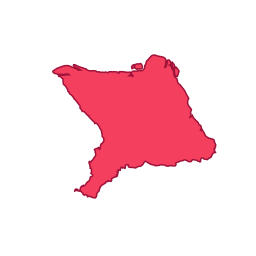 an SVG outline of Amapá, rotated 291°
{"feature_id": "BRA-681", "entity_name": "Amapá", "entity_type": "State", "adm_level": 1, "iso_a3": "BRA", "parent_name": "Brazil", "parent_adm1": "", "projection": "orthographic", "projection_center": [-52.454, 1.611], "detail": "fine", "context": "isolated", "style": "filled", "palette": "rose", "viewbox_px": 256, "rotation_deg": 291, "n_neighbors": 0, "source": "natural_earth", "source_scale": "10m", "svg_char_len": 5926}
<svg xmlns="http://www.w3.org/2000/svg" viewBox="0 0 256 256"><g transform="rotate(291 128 128)"><path d="M51.1,100.6L52.4,101.3L52.6,102.6L52.6,102.8L52.2,102.9L52.0,103.5L52.3,105.1L53.3,105.4L55.2,105.1L56.0,105.2L56.8,105.5L58.0,106.5L57.3,106.6L57.4,106.9L59.6,108.7L61.0,108.8L62.0,109.2L62.9,109.3L64.1,110.3L64.8,110.6L66.4,110.8L68.8,110.4L69.8,111.7L70.5,112.0L71.3,111.9L71.7,111.5L72.4,109.7L73.3,109.5L73.9,109.8L74.6,109.3L76.0,108.9L76.5,108.5L77.0,106.9L78.0,107.1L79.1,105.8L80.2,105.6L81.2,104.2L82.3,103.8L82.9,103.9L83.2,104.4L82.9,105.3L83.1,105.7L84.0,105.7L86.1,106.7L88.3,106.9L89.8,107.7L92.0,107.3L93.2,106.4L94.7,105.7L95.8,104.4L96.5,104.7L97.3,105.9L99.3,107.5L99.3,107.8L98.1,108.5L97.8,109.0L98.2,109.3L103.1,108.5L103.8,108.8L104.8,109.6L107.4,110.0L108.0,110.0L108.7,109.3L109.4,109.3L109.9,108.7L110.6,107.2L111.1,106.8L112.5,106.2L116.6,103.6L117.7,101.8L118.9,100.7L119.8,99.4L121.0,97.2L121.1,96.8L120.3,95.3L121.4,94.7L121.7,93.5L124.2,87.9L124.6,87.4L125.6,86.9L125.2,85.9L127.5,81.5L127.2,80.1L127.4,78.8L128.5,77.9L129.1,76.4L129.8,75.8L130.7,75.8L131.4,75.3L135.7,68.2L135.7,67.4L136.3,67.1L138.3,63.8L139.1,61.1L139.6,60.5L140.3,60.4L140.6,60.1L140.6,58.9L141.9,58.1L143.9,55.9L144.9,54.3L145.6,52.2L146.4,51.6L148.8,50.4L149.8,50.1L150.4,49.5L151.6,46.6L151.5,44.8L151.9,44.2L152.3,44.1L152.7,44.5L153.4,46.9L154.2,49.1L156.2,52.6L156.6,53.9L156.9,53.0L156.7,52.1L154.7,48.3L153.1,43.5L152.7,39.8L153.1,38.2L154.1,37.5L158.1,40.2L161.0,43.4L163.4,46.4L164.6,49.1L164.9,50.8L164.8,57.9L164.3,61.2L165.0,62.9L165.6,60.0L165.8,57.2L166.2,55.9L166.9,54.6L167.6,54.6L168.0,55.4L167.7,60.4L168.1,67.9L167.5,69.2L167.6,71.6L169.5,76.3L169.7,77.8L169.3,78.8L170.2,81.3L170.0,81.8L170.1,82.4L170.5,82.9L171.3,85.5L172.4,87.6L172.2,88.4L172.4,89.3L173.7,90.2L174.6,92.3L174.9,93.7L175.4,94.2L176.4,97.9L176.3,98.7L175.9,99.1L175.8,99.6L176.3,99.9L176.9,99.4L177.3,99.7L178.2,101.4L178.3,102.2L178.9,103.4L179.1,105.5L179.6,106.2L179.8,108.0L180.7,109.2L180.9,110.1L180.1,111.0L179.0,111.2L178.1,111.0L177.3,110.4L177.5,111.0L178.2,111.6L177.7,113.3L178.3,114.1L178.6,114.1L178.8,113.8L178.8,112.8L179.1,112.2L180.2,111.4L181.5,111.4L182.8,112.2L183.4,113.1L183.8,115.0L184.7,116.7L185.9,118.3L186.3,120.1L186.9,120.9L187.7,121.4L188.8,121.8L190.0,122.0L191.3,121.8L192.0,121.3L194.4,121.7L196.8,121.3L197.3,121.4L198.2,122.0L202.5,123.5L204.2,124.4L205.1,125.4L205.5,126.2L205.8,127.9L205.8,129.6L206.7,134.9L206.7,136.0L206.4,137.6L205.4,138.8L203.4,139.7L199.4,140.6L198.1,140.3L197.8,140.4L197.9,140.9L198.2,141.3L198.8,141.6L199.5,141.3L200.5,141.5L201.8,141.2L203.4,141.2L204.4,140.5L205.1,140.5L205.7,140.9L206.1,141.5L206.1,142.2L205.6,143.2L204.6,144.4L203.3,145.2L202.2,145.2L201.6,144.1L200.7,146.9L199.2,147.6L198.1,149.4L197.2,150.2L194.3,151.7L192.6,153.3L191.3,156.2L188.2,158.2L187.8,158.8L186.7,161.7L183.2,167.5L180.5,170.3L177.4,174.1L175.4,173.9L173.0,174.5L171.3,175.6L170.1,177.2L168.1,180.5L167.6,180.7L165.6,180.7L164.2,181.1L163.8,181.7L162.2,182.2L160.2,182.0L160.5,182.4L161.7,182.8L162.2,183.6L162.7,183.6L160.4,186.4L159.9,187.8L159.3,188.8L158.8,190.5L157.9,191.9L156.5,193.2L156.5,194.6L156.2,195.1L155.1,196.0L154.0,196.7L152.1,196.3L152.1,196.5L153.0,196.7L153.0,196.9L151.9,197.1L151.9,197.4L152.7,197.4L153.2,196.9L153.7,197.1L152.2,198.8L150.6,201.1L149.7,201.7L148.4,203.4L147.9,204.8L147.5,207.5L148.0,210.8L147.9,211.8L147.7,212.5L145.1,214.4L144.0,215.8L141.6,216.5L141.0,216.1L140.3,216.4L139.3,215.9L138.7,216.8L137.7,216.7L137.1,217.0L136.9,218.2L136.5,218.5L136.2,218.1L135.7,217.1L135.0,216.5L134.5,216.3L130.8,216.0L130.1,215.7L128.5,214.2L127.1,213.6L126.7,212.5L126.7,211.5L126.2,210.3L126.9,209.0L126.5,207.8L126.0,207.3L125.2,207.0L122.7,207.7L122.2,207.5L122.1,206.8L122.4,206.0L122.1,205.0L122.5,203.3L122.0,201.6L121.9,200.2L121.1,199.4L119.4,199.0L118.5,197.3L118.4,196.1L118.7,194.7L118.5,192.0L117.1,190.9L116.4,189.2L113.6,186.5L113.3,185.9L112.7,185.3L112.3,185.2L110.8,186.0L109.5,185.6L107.6,180.0L107.0,179.5L106.3,178.0L106.5,175.1L105.8,173.2L105.4,171.6L104.1,170.2L102.6,167.1L102.6,164.1L102.2,162.7L102.6,159.6L103.1,157.7L103.0,155.9L102.5,155.5L99.6,155.0L97.7,154.2L96.7,153.2L95.6,151.2L93.4,149.4L93.1,147.6L92.8,147.0L92.9,146.2L92.0,144.3L91.8,143.4L91.9,142.6L92.1,142.1L93.4,141.8L93.7,141.5L92.9,139.3L92.0,139.1L89.4,139.7L89.2,139.3L89.5,138.4L88.7,137.2L89.2,136.4L89.1,135.9L87.4,135.6L85.8,135.9L85.5,135.1L85.6,134.1L85.5,133.9L85.1,133.9L84.7,134.4L84.3,134.4L83.7,134.1L83.9,133.7L83.4,133.5L83.1,133.6L83.1,134.3L82.7,134.9L80.4,134.2L80.4,135.1L79.4,135.2L79.3,134.7L78.4,134.6L78.3,134.0L77.3,133.3L77.2,132.7L75.6,131.6L74.9,130.8L74.5,130.8L73.7,131.4L72.3,131.4L72.0,131.1L72.0,130.0L71.2,128.8L71.5,128.0L70.5,127.9L70.1,127.2L69.3,126.5L68.9,126.4L68.6,126.7L65.4,124.3L63.3,123.1L62.6,123.5L61.5,123.1L59.0,123.6L58.3,123.2L56.0,122.4L52.8,123.1L52.1,122.8L51.3,122.8L50.7,121.8L50.4,119.1L50.4,116.2L50.2,115.5L49.4,115.2L49.3,114.9L49.6,114.4L50.6,113.7L50.8,113.2L50.5,112.2L49.7,111.4L49.8,110.1L50.1,109.7L50.5,109.7L50.9,109.4L51.4,107.8L52.0,107.0L51.4,103.7L51.4,102.3L50.1,100.9L51.1,100.6ZM188.1,112.0L189.8,111.9L191.2,113.6L191.3,114.4L192.6,116.5L192.6,117.2L191.8,118.3L190.6,119.4L189.2,119.9L188.0,119.3L187.4,117.4L186.8,116.6L186.7,116.0L185.9,115.5L186.5,112.5L187.6,112.4L188.1,112.0ZM199.3,155.3L193.8,155.6L193.6,154.9L193.8,153.6L195.4,152.0L197.6,151.1L198.4,150.2L199.1,150.1L199.9,150.2L200.8,150.6L201.8,150.6L202.1,150.9L201.0,153.2L200.2,153.9L200.0,154.6L199.3,155.3ZM200.6,149.9L200.3,149.7L199.5,149.5L199.4,148.8L200.3,148.2L201.1,148.0L201.6,147.0L202.1,146.7L203.7,146.1L204.3,145.5L205.0,145.3L205.3,145.7L203.8,148.3L202.4,149.4L200.6,149.9ZM185.8,111.1L184.9,110.5L186.2,109.5L187.8,109.6L188.8,110.3L189.2,110.9L189.3,111.5L189.0,111.7L188.0,111.7L187.5,112.1L186.7,112.1L186.0,111.8L185.8,111.1Z" fill="#f43f5e" stroke="#9f1239" stroke-width="1.5"/></g></svg>